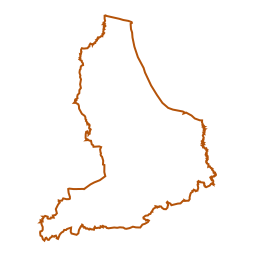 Pati, Jawa Tengah, Indonesia (Albers equal-area conic projection)
{"feature_id": "22746128B37789509782125", "entity_name": "Pati", "entity_type": "district", "adm_level": 2, "iso_a3": "IDN", "parent_name": "Indonesia", "parent_adm1": "Jawa Tengah", "projection": "albers", "projection_center": [111.054, -6.706], "detail": "fine", "context": "isolated", "style": "outline", "palette": "amber", "viewbox_px": 256, "rotation_deg": 0, "n_neighbors": 0, "source": "geoboundaries", "source_scale": "gbopen_adm2", "svg_char_len": 5815}
<svg xmlns="http://www.w3.org/2000/svg" viewBox="0 0 256 256"><path d="M213.1,184.5L212.9,183.9L213.5,183.9L212.7,182.9L213.1,182.7L213.3,181.1L212.5,179.7L211.9,180.0L211.8,178.4L211.0,178.0L210.8,178.4L210.3,177.4L211.5,176.5L212.6,176.8L213.3,176.2L213.1,175.8L213.8,176.4L214.1,175.9L214.5,176.2L215.8,175.3L215.9,174.4L215.2,174.3L215.1,172.7L213.9,172.8L214.0,172.2L213.5,172.0L213.5,171.2L212.2,170.0L212.0,169.4L212.4,169.0L211.7,168.7L211.5,168.0L210.7,167.9L209.9,166.5L209.2,166.7L208.9,166.1L208.3,166.5L208.5,164.2L206.8,163.4L206.9,162.7L206.1,162.0L206.3,160.6L207.0,160.5L207.0,159.3L207.5,159.6L207.8,159.1L206.9,158.4L207.4,158.2L207.3,157.7L207.7,157.2L207.0,156.5L207.5,156.0L207.0,155.4L206.4,155.7L206.4,155.0L206.2,155.3L205.6,154.8L205.8,154.1L206.3,154.3L206.8,153.8L206.3,152.7L206.8,152.2L206.7,151.1L207.1,150.9L206.5,150.3L207.0,149.9L206.5,149.7L206.6,149.2L205.8,148.9L205.9,148.4L205.1,148.6L204.2,147.5L203.4,147.6L203.2,148.2L203.0,147.0L203.5,146.8L202.0,145.5L203.0,145.2L202.8,144.6L203.9,144.4L203.5,144.0L203.8,143.3L203.2,143.2L203.8,142.8L203.2,142.6L203.2,142.1L202.8,142.8L202.6,142.5L202.1,142.7L202.4,142.0L201.8,141.2L202.2,140.9L202.8,141.2L203.3,140.8L203.0,139.5L203.4,139.3L203.2,138.9L203.8,137.9L202.8,135.6L203.5,134.0L204.1,134.1L203.6,133.2L204.1,133.2L204.0,132.6L204.5,132.5L204.5,131.1L205.3,131.4L204.7,130.7L204.0,130.6L204.3,130.3L203.9,129.2L204.5,129.5L205.1,129.1L203.9,128.9L204.3,127.6L203.6,127.1L204.2,126.8L203.0,126.6L203.8,125.7L203.1,124.9L202.8,125.4L202.3,124.9L202.6,123.7L202.0,122.4L202.1,120.4L199.8,120.3L194.8,118.5L191.5,115.5L186.1,112.6L183.6,113.5L184.1,112.2L182.9,111.5L172.9,109.6L168.2,107.9L162.4,102.9L156.9,94.9L151.1,85.5L145.0,72.5L143.6,67.9L137.9,57.2L134.4,46.7L132.5,37.5L132.1,32.5L131.0,29.2L130.6,23.9L131.9,22.9L131.6,22.1L128.4,20.9L123.3,20.0L119.3,18.8L106.3,15.9L105.7,15.4L104.6,15.7L104.6,18.8L105.1,20.8L104.2,22.6L103.5,22.7L103.4,23.4L104.3,23.7L103.4,24.4L104.2,24.5L104.1,25.3L105.2,25.3L105.4,26.0L103.8,27.1L104.2,27.6L103.5,28.9L104.2,29.3L103.6,29.7L103.2,32.1L104.2,33.0L103.8,33.6L102.7,33.9L103.0,34.6L102.3,34.9L102.3,36.2L101.2,36.0L101.1,35.5L101.0,36.4L99.7,37.3L97.9,37.4L97.5,38.4L97.8,38.6L98.2,38.2L98.3,38.6L96.6,39.7L97.0,39.9L97.0,40.4L95.2,42.1L95.2,43.0L93.9,43.3L93.5,44.2L92.9,44.2L92.6,44.8L92.5,44.1L91.9,44.3L90.4,43.6L89.5,45.0L89.4,46.4L88.9,46.5L87.5,48.2L83.8,48.6L81.9,48.2L81.1,49.7L81.1,51.9L81.4,52.0L80.7,54.7L80.1,54.4L80.5,56.7L79.6,57.7L80.3,58.3L79.5,59.3L80.4,59.7L80.5,60.3L81.7,60.7L81.9,62.0L82.9,63.3L83.1,65.1L81.5,65.7L80.8,66.7L80.5,69.2L79.9,69.8L79.6,71.5L79.5,72.8L80.4,75.6L80.0,77.0L81.0,79.3L80.1,84.3L80.9,88.0L79.4,90.1L79.3,93.2L77.6,94.9L77.2,96.8L77.5,98.2L75.2,99.5L75.1,100.0L76.2,99.8L76.5,100.1L74.0,102.9L74.8,102.9L75.6,102.3L76.0,103.0L78.3,104.3L78.9,106.0L79.1,108.7L81.9,113.8L84.6,115.8L85.4,117.3L85.4,119.0L86.2,119.9L85.9,120.9L86.7,121.6L87.3,124.1L87.9,123.4L88.8,124.7L89.3,124.5L89.6,125.1L89.3,125.5L89.5,126.1L89.1,128.0L89.4,128.7L90.5,129.1L90.7,129.6L89.6,131.0L89.9,131.6L89.3,132.3L89.5,132.7L89.2,133.1L89.7,133.3L89.6,133.7L89.2,133.6L88.5,134.5L88.5,133.5L87.7,133.0L87.2,131.4L86.2,131.8L85.7,134.1L85.6,137.8L85.8,138.5L87.2,139.2L86.1,140.2L88.4,140.0L89.4,140.6L91.0,140.8L91.8,144.4L93.2,145.3L93.5,146.8L99.2,146.4L101.1,147.1L100.1,149.4L100.6,152.6L101.0,153.2L100.6,154.6L100.9,155.6L102.0,156.7L103.2,160.7L103.0,164.5L104.4,165.0L104.3,172.1L105.3,176.2L99.8,180.2L94.3,182.4L90.5,184.4L84.4,188.8L84.2,188.2L84.2,188.9L73.9,189.1L69.2,188.6L68.2,189.0L68.6,192.8L69.9,196.8L69.9,198.7L69.1,199.1L66.6,199.2L63.2,198.4L62.0,200.6L59.4,200.8L58.7,200.5L58.7,201.4L59.7,202.6L58.1,204.5L55.8,209.1L56.9,213.3L55.4,215.0L52.9,215.5L53.7,217.6L51.1,217.5L50.6,218.6L48.1,218.7L47.5,218.2L47.7,216.7L45.1,215.9L44.3,216.7L43.0,216.7L43.5,217.1L43.2,218.4L42.3,218.8L42.6,221.1L40.6,220.3L40.6,222.0L40.1,222.4L41.6,222.4L41.5,224.2L42.7,227.0L42.7,229.8L41.9,231.0L40.3,231.5L40.1,232.8L40.5,235.6L42.0,236.4L42.9,239.3L44.4,240.6L45.7,237.9L46.3,237.7L47.7,239.7L48.8,239.9L50.4,237.6L51.6,237.1L52.2,235.9L54.1,236.7L54.7,236.0L55.9,235.6L56.9,237.7L56.7,238.3L58.0,238.9L59.8,234.5L61.6,232.5L63.3,231.6L64.2,229.9L66.1,230.0L67.0,229.0L71.1,227.6L70.7,231.7L71.5,233.5L76.6,234.8L78.4,233.3L78.9,230.1L80.9,226.3L81.5,226.4L82.1,224.7L82.8,225.2L82.4,226.4L84.2,226.9L84.2,227.7L85.4,227.6L86.1,228.7L87.5,228.4L88.7,229.4L89.4,229.5L90.0,228.7L91.3,229.4L91.9,229.2L93.5,229.7L94.0,229.7L94.2,228.5L95.2,228.0L94.5,227.4L94.9,226.8L95.7,227.9L96.4,228.1L98.6,227.7L99.8,228.0L100.4,227.6L100.6,226.3L102.7,227.2L102.5,226.0L102.8,225.8L103.7,226.5L105.9,226.8L106.7,227.9L108.5,228.3L114.2,227.5L117.2,227.8L119.9,227.3L123.4,227.6L124.9,228.6L126.4,228.8L129.6,228.1L132.9,226.7L136.0,227.4L140.3,227.5L142.4,224.6L144.9,223.8L147.9,222.1L148.9,220.6L147.6,219.9L146.0,220.4L145.8,219.7L143.6,218.6L143.4,217.4L145.5,215.7L148.0,215.4L148.9,214.3L150.4,213.9L151.3,212.1L152.2,211.8L151.9,211.4L153.5,208.7L155.7,207.4L155.5,206.2L157.2,206.6L157.6,207.0L157.2,207.0L157.4,207.5L159.3,206.3L161.1,206.5L162.0,207.8L163.9,209.1L166.0,209.2L167.5,207.6L167.6,206.2L168.1,205.5L168.0,204.3L166.8,202.6L167.4,201.8L168.2,202.6L170.4,203.6L171.4,205.2L177.8,203.6L180.5,203.4L183.0,200.8L184.4,200.9L184.3,200.1L185.6,200.8L188.6,200.7L189.7,199.1L189.6,197.3L190.5,193.8L191.1,192.7L192.6,191.8L192.4,190.8L193.5,190.5L193.8,189.7L195.0,190.2L195.6,191.2L197.5,190.6L197.5,189.5L198.1,188.9L198.2,187.5L197.6,184.8L198.3,184.3L197.8,183.1L198.4,182.6L197.8,181.7L198.6,181.0L199.5,181.8L200.1,181.7L200.3,182.2L203.9,182.6L204.3,183.5L204.0,183.9L204.5,185.0L204.3,185.6L205.0,185.9L205.2,186.8L206.1,187.2L209.7,185.6L211.0,183.9L212.1,183.9L213.1,184.5Z" fill="none" stroke="#b45309" stroke-width="2"/></svg>